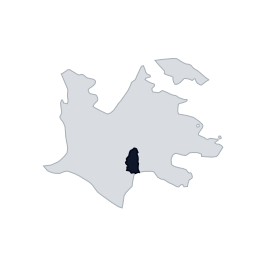 Qəbələ highlighted on a map of Azerbaijan, rotated 160°
{"feature_id": "AZE-1724", "entity_name": "Qəbələ", "entity_type": "District", "adm_level": 1, "iso_a3": "AZE", "parent_name": "Azerbaijan", "parent_adm1": "", "projection": "albers", "projection_center": [47.781, 40.923], "detail": "fine", "context": "in_parent", "style": "filled", "palette": "ink", "viewbox_px": 256, "rotation_deg": 160, "n_neighbors": 0, "source": "natural_earth", "source_scale": "10m", "svg_char_len": 3782}
<svg xmlns="http://www.w3.org/2000/svg" viewBox="0 0 256 256"><g transform="rotate(160 128 128)"><path d="M172.2,201.7L171.3,201.6L164.4,203.3L162.9,202.8L156.9,195.3L155.7,194.5L153.1,194.2L151.6,192.9L150.4,190.9L149.7,189.4L143.6,185.4L142.7,183.9L142.6,182.6L143.5,181.4L144.5,180.4L147.4,179.3L150.9,178.4L152.0,177.8L152.6,176.7L152.5,175.0L152.0,173.3L147.0,170.2L146.4,168.8L146.3,167.2L146.5,165.5L147.3,164.1L151.3,162.2L153.5,160.3L152.1,158.2L147.8,153.4L142.6,148.1L139.2,148.1L135.2,149.6L128.8,154.2L125.3,156.1L120.7,159.3L115.7,162.8L111.6,166.6L109.0,169.7L104.4,171.0L102.1,173.6L94.3,181.4L92.2,181.3L92.1,177.4L92.2,174.3L91.8,172.5L89.3,170.0L89.3,168.9L90.0,168.3L91.9,168.7L94.3,168.6L95.5,167.7L92.9,164.4L90.7,162.2L88.7,160.7L88.3,159.9L88.3,159.2L88.7,158.5L92.1,156.8L92.5,155.2L92.3,153.3L87.0,150.6L83.0,151.5L79.5,148.4L77.3,146.0L74.5,143.5L72.0,142.1L69.6,138.9L65.4,135.5L62.8,134.5L62.8,134.1L63.3,133.5L64.5,133.0L72.0,133.3L72.9,132.7L73.4,131.4L74.5,129.3L75.7,126.3L75.7,123.8L68.3,119.5L62.9,115.6L59.2,110.5L56.8,105.9L56.9,104.4L57.7,103.0L63.6,98.9L64.1,97.8L63.9,97.1L61.9,94.9L59.4,92.6L58.6,91.0L57.0,90.1L53.9,90.0L48.5,87.1L47.4,86.8L47.2,86.2L47.4,85.7L51.4,84.7L51.3,83.8L50.2,82.6L48.0,81.6L46.1,79.4L45.5,77.4L52.6,71.9L54.7,70.9L59.2,72.0L68.6,76.1L67.9,78.1L68.9,79.3L71.0,81.0L75.2,82.7L78.7,83.6L80.5,82.9L83.2,82.4L86.7,84.3L90.0,86.8L91.6,87.7L92.5,88.0L95.0,87.3L98.0,84.3L99.2,80.6L99.6,78.8L97.9,76.3L94.3,73.6L90.4,71.2L87.8,69.1L86.3,65.0L84.6,64.5L84.2,64.0L84.0,62.6L84.1,60.7L84.7,59.2L86.3,58.6L87.9,58.4L89.4,57.0L91.3,54.2L92.1,52.7L95.5,53.6L96.0,56.1L96.6,56.6L98.0,56.4L100.4,55.3L102.3,56.2L104.7,59.2L108.1,62.4L109.9,64.5L110.6,66.0L112.3,67.4L114.9,69.1L116.9,71.7L118.6,77.8L120.5,79.2L127.0,81.5L129.3,82.0L135.8,82.8L138.1,82.2L141.4,77.0L144.3,71.6L147.1,70.5L152.1,67.9L155.1,65.4L156.4,62.7L159.2,57.7L160.9,54.9L163.9,57.3L169.1,64.1L176.5,75.0L178.4,78.1L179.6,81.7L180.7,86.0L182.5,89.9L190.1,99.5L193.4,103.0L198.8,107.6L200.8,108.6L203.2,108.8L207.8,108.7L212.0,110.4L214.2,111.7L216.4,113.5L218.3,115.5L220.4,121.2L213.1,119.5L205.7,120.0L201.6,121.3L197.6,123.1L193.7,125.5L191.4,130.2L189.5,140.9L186.7,150.9L186.9,155.5L188.3,159.9L188.2,162.0L186.8,163.0L185.1,164.9L183.0,174.1L181.8,175.9L180.4,177.1L179.9,176.0L180.0,173.6L176.7,171.5L175.0,173.9L173.9,179.0L171.5,184.3L171.4,185.3L172.2,201.7ZM62.5,107.0L62.9,105.6L62.0,104.9L61.0,104.9L60.2,105.6L60.1,107.3L61.3,107.7L62.5,107.0ZM37.1,147.9L36.0,146.4L35.6,145.6L38.9,145.0L44.4,143.2L45.8,144.2L47.4,146.2L48.1,148.0L48.1,151.2L48.8,151.7L51.5,150.7L52.6,152.0L54.6,153.6L58.1,155.3L63.3,153.0L65.9,152.4L68.0,152.5L69.1,153.3L69.4,155.8L69.0,158.8L68.3,160.5L69.4,161.7L73.5,164.8L75.2,166.5L74.3,169.3L77.3,176.3L78.3,179.0L79.5,182.3L73.1,180.9L61.5,177.8L58.3,176.3L55.4,172.4L53.7,170.4L51.1,168.0L48.9,167.0L47.3,165.3L46.5,162.8L45.2,160.6L42.9,157.9L37.8,148.8L37.1,147.9ZM45.8,88.8L45.1,89.3L44.0,88.8L43.7,87.6L43.9,86.5L44.9,86.3L45.8,86.6L46.0,87.7L45.8,88.8Z" fill="#d9dde1" stroke="#a8b0b8" stroke-width="1"/><path d="M134.2,83.1L136.5,82.9L136.8,83.4L137.8,84.1L139.0,84.4L140.2,84.6L141.0,87.2L143.6,88.7L143.1,89.3L142.7,90.0L142.5,90.8L142.3,91.5L141.8,91.4L141.4,91.3L141.1,91.8L140.9,92.3L141.3,93.7L142.0,95.1L141.9,96.4L141.0,97.2L140.5,97.3L140.1,97.5L140.0,98.4L140.0,99.4L138.7,100.4L137.2,101.1L136.3,101.9L135.6,103.2L134.8,104.3L133.9,105.4L132.8,105.9L131.6,106.0L130.4,106.3L129.2,106.9L128.1,106.3L127.3,105.4L127.2,103.5L127.1,101.7L128.3,101.3L128.6,100.2L128.6,97.6L129.3,95.1L129.8,94.1L130.4,93.2L130.5,92.1L130.4,91.1L131.4,89.3L132.3,87.2L132.6,86.1L132.8,85.1L132.7,84.6L132.6,84.1L132.6,83.0L132.7,82.5L133.6,83.0L134.2,83.1Z" fill="#0f172a" stroke="#020617" stroke-width="1.5"/></g></svg>